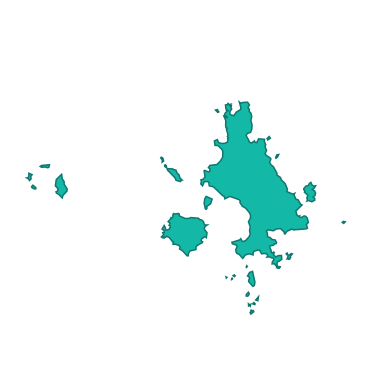 Ukerewe, Mwanza, United Republic of Tanzania, rotated 222°
{"feature_id": "72390352B65036310172855", "entity_name": "Ukerewe", "entity_type": "district", "adm_level": 2, "iso_a3": "TZA", "parent_name": "United Republic of Tanzania", "parent_adm1": "Mwanza", "projection": "mercator", "projection_center": [33.011, -1.921], "detail": "fine", "context": "isolated", "style": "filled", "palette": "teal", "viewbox_px": 384, "rotation_deg": 222, "n_neighbors": 0, "source": "geoboundaries", "source_scale": "gbopen_adm2", "svg_char_len": 6042}
<svg xmlns="http://www.w3.org/2000/svg" viewBox="0 0 384 384"><g transform="rotate(222 192 192)"><path d="M115.4,177.2L109.8,176.6L110.2,181.1L108.0,184.5L104.5,186.1L105.9,187.7L106.2,189.5L104.2,192.9L102.8,194.0L99.0,192.6L96.4,195.4L94.4,195.9L93.0,195.3L92.7,193.7L91.1,195.7L88.5,196.4L87.5,197.4L85.7,196.4L85.7,194.1L84.4,192.1L82.6,193.9L80.7,193.3L79.6,193.9L78.6,192.4L76.6,193.0L76.0,194.0L76.4,195.5L78.7,193.9L81.0,195.6L81.8,197.8L80.8,199.0L80.3,202.1L83.0,204.7L85.4,202.4L86.3,199.7L89.9,200.1L90.3,202.1L91.1,202.1L91.7,200.3L92.6,200.1L94.6,201.9L96.8,202.5L97.9,204.2L95.8,207.1L95.9,208.8L94.9,209.9L95.3,211.0L98.2,212.0L100.9,210.2L103.2,210.5L105.8,209.3L108.6,211.9L110.4,212.6L110.3,214.7L105.6,217.6L104.4,221.2L101.8,224.0L96.7,224.0L95.5,222.8L94.8,223.0L95.1,226.4L92.9,231.4L91.3,231.7L82.3,241.2L82.0,242.5L85.1,244.2L85.2,247.3L89.0,249.8L91.4,250.0L92.7,249.2L93.8,245.8L95.5,245.6L96.0,246.4L96.6,245.1L98.9,245.2L102.1,247.4L101.5,256.0L103.2,255.6L107.9,257.2L109.9,256.2L114.4,258.2L114.8,259.7L115.7,257.9L121.9,255.7L122.9,257.9L128.4,260.6L133.9,260.8L135.9,262.0L140.3,261.4L141.4,262.8L148.5,265.3L151.6,265.1L154.3,266.1L155.2,268.9L156.2,269.7L161.5,268.9L163.3,269.4L164.4,272.8L167.2,274.1L168.6,275.3L168.8,276.5L172.2,278.0L173.3,279.7L178.1,276.1L176.9,272.1L178.8,271.0L179.8,271.7L180.6,268.1L183.4,267.4L184.2,268.4L189.6,270.1L190.0,272.7L188.4,275.5L189.7,278.8L192.2,282.0L196.3,284.7L198.0,288.0L201.2,290.1L203.4,290.1L204.6,291.8L206.9,292.2L207.6,295.2L210.8,295.9L214.3,292.4L214.8,290.8L217.1,290.6L212.0,287.3L211.1,285.6L212.5,281.1L212.0,276.9L214.3,275.4L216.2,275.3L217.7,277.4L218.1,280.3L219.3,280.6L220.5,282.4L220.8,281.4L221.7,281.6L221.9,283.2L223.1,281.6L223.9,281.5L224.7,282.6L224.2,280.7L225.4,279.1L222.4,276.4L221.2,276.5L221.0,275.8L219.8,276.4L220.2,273.3L219.6,271.4L218.1,270.9L216.4,271.5L215.4,270.1L217.0,270.9L219.2,269.8L214.7,267.7L211.3,263.7L210.0,262.7L208.6,262.9L208.6,261.8L203.5,258.6L202.9,256.9L201.2,256.6L201.3,255.5L200.1,254.8L199.1,252.7L200.3,249.9L202.9,247.6L205.4,246.5L208.2,247.9L209.6,245.0L206.1,242.0L203.8,243.9L197.8,243.6L195.7,242.2L192.5,238.3L191.6,233.9L191.9,229.1L196.5,223.7L196.1,221.0L194.4,221.3L192.7,219.4L193.3,217.8L196.9,216.7L197.3,215.9L192.4,212.0L192.2,209.2L193.5,207.0L192.0,206.0L190.9,203.9L188.3,203.6L189.7,207.9L187.4,210.2L185.9,210.4L183.4,208.1L179.6,210.2L166.9,209.8L165.0,210.3L163.0,208.9L161.0,214.0L152.2,217.7L150.4,217.8L149.3,216.2L145.1,215.1L141.1,215.9L135.0,214.9L132.8,213.8L131.0,211.5L130.2,207.7L125.5,205.1L123.4,201.8L120.5,199.6L119.6,196.8L119.7,191.7L120.9,189.4L122.1,188.9L124.5,190.0L124.5,188.3L128.7,181.3L127.3,180.5L123.9,182.1L122.0,181.8L121.0,178.6L119.1,176.9L117.5,176.4L115.4,177.2ZM184.7,138.1L183.2,138.3L182.7,139.9L181.9,139.2L181.1,142.1L178.5,143.0L172.7,141.9L172.3,142.4L171.1,140.4L169.5,142.0L166.2,143.5L163.8,143.1L163.2,141.3L159.6,142.0L152.9,141.3L152.1,142.1L153.6,144.2L154.1,146.8L150.5,151.9L152.2,153.6L152.3,155.9L150.4,161.4L150.7,162.1L152.5,161.8L153.5,163.7L152.7,166.8L151.9,167.8L150.8,167.7L153.7,171.9L156.9,172.3L158.6,173.3L159.2,175.1L158.6,177.7L160.1,176.3L161.8,176.4L163.7,177.7L166.4,177.6L167.9,176.6L169.6,176.9L175.9,172.1L176.1,171.0L179.1,167.9L184.6,166.0L185.6,165.9L186.8,167.1L187.8,166.9L190.1,164.0L191.1,163.9L191.2,162.6L189.6,160.8L189.8,159.1L190.4,158.9L190.0,158.3L190.7,158.2L189.9,158.0L189.9,154.0L187.2,154.1L186.7,151.8L185.4,152.1L184.6,151.5L184.1,148.8L185.5,146.5L186.3,146.2L187.9,147.7L190.3,148.5L189.4,144.4L186.7,144.6L185.6,143.4L186.5,142.2L184.5,141.3L184.7,138.1ZM293.2,101.1L292.1,100.5L289.0,101.1L284.5,100.7L285.6,103.2L285.5,109.0L286.9,110.8L292.3,112.3L294.0,114.2L297.1,114.9L300.7,117.9L301.2,110.4L297.6,105.1L294.3,104.9L293.2,104.1L292.5,102.5L293.2,101.1ZM102.7,264.4L100.9,263.4L100.5,262.2L99.8,263.6L96.4,264.9L95.3,268.0L96.5,269.4L98.8,269.2L98.2,271.8L99.5,273.9L101.7,274.9L104.3,274.2L103.8,277.0L104.3,279.3L105.6,277.8L107.3,277.5L110.1,278.7L110.5,277.0L109.9,274.7L111.3,272.5L111.2,269.3L110.5,268.5L108.7,268.4L108.3,267.1L103.6,267.1L102.7,264.4ZM211.6,190.0L207.5,192.1L207.9,193.6L207.3,194.3L210.5,194.4L213.1,196.1L215.7,196.1L218.7,197.5L220.4,196.4L221.6,196.4L226.1,192.7L224.9,191.9L214.3,191.2L211.6,190.0ZM89.8,163.3L83.6,162.6L83.1,164.2L84.9,167.1L93.9,173.5L95.4,170.8L94.5,166.7L93.2,167.1L91.3,166.3L90.9,164.3L89.8,163.3ZM178.5,198.2L178.0,195.5L175.4,191.7L170.8,188.4L169.8,188.7L170.1,190.2L171.4,190.9L170.3,195.8L172.3,200.2L178.5,198.2ZM316.2,116.9L321.6,111.0L321.9,109.4L320.2,109.8L317.9,112.3L315.4,113.5L314.9,114.6L316.2,116.9ZM324.2,91.9L322.1,92.4L320.5,91.7L320.3,94.0L322.3,95.7L322.4,97.9L325.8,96.8L323.7,94.3L323.5,92.8L324.2,91.9ZM78.0,209.2L76.5,205.9L75.8,207.1L75.0,206.7L74.5,207.4L74.8,209.1L76.0,210.3L75.9,213.1L76.9,212.8L78.0,209.2ZM314.8,90.6L314.8,88.6L313.6,88.1L311.0,88.9L310.2,89.9L310.9,90.7L314.8,90.6ZM66.6,140.7L66.0,144.4L67.2,144.9L68.3,143.7L69.6,143.9L68.3,142.9L68.2,141.3L66.6,140.7ZM83.0,155.3L83.1,152.3L82.2,151.0L80.9,151.8L80.8,153.1L81.3,154.6L83.0,155.3ZM235.6,196.0L234.1,194.2L233.8,196.0L236.4,197.7L238.1,197.3L238.0,196.3L235.6,196.0ZM153.0,273.8L152.2,273.3L151.8,274.8L152.6,277.9L153.8,276.6L153.0,273.8ZM171.8,284.9L172.0,282.0L170.6,281.4L169.7,284.4L171.8,284.9ZM72.5,158.6L72.4,154.4L70.3,155.2L72.5,158.6ZM75.1,146.6L73.7,145.2L73.4,146.2L72.3,146.1L73.3,147.9L74.2,146.5L75.1,146.6ZM229.4,268.6L226.1,268.4L225.7,269.5L228.4,270.2L229.4,268.6ZM230.1,194.3L230.3,193.6L229.2,192.7L227.1,193.1L228.9,194.4L230.1,194.3ZM60.0,269.9L58.2,270.2L58.2,272.4L59.9,271.4L60.0,269.9ZM72.1,149.5L70.0,150.3L70.2,151.1L72.0,151.3L72.1,149.5ZM105.1,158.7L105.5,157.3L103.8,157.5L103.8,158.6L105.1,158.7ZM79.5,208.8L79.2,209.6L80.4,210.3L80.7,209.1L79.5,208.8ZM102.0,173.8L101.4,172.4L101.0,172.4L101.1,173.7L102.0,173.8ZM104.4,154.9L104.7,154.4L104.0,153.5L103.7,154.5L104.4,154.9ZM108.9,152.0L109.9,151.7L108.9,151.0L108.9,152.0Z" fill="#14b8a6" stroke="#0f766e" stroke-width="1.5"/></g></svg>